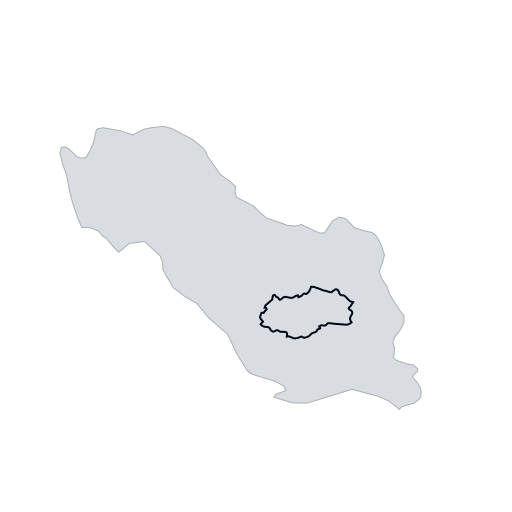 Berat on a map of Albania (Albers equal-area conic projection), rotated 312°
{"feature_id": "ALB-1523", "entity_name": "Berat", "entity_type": "County", "adm_level": 1, "iso_a3": "ALB", "parent_name": "Albania", "parent_adm1": "", "projection": "albers", "projection_center": [20.072, 40.618], "detail": "fine", "context": "in_parent", "style": "outline", "palette": "ink", "viewbox_px": 512, "rotation_deg": 312, "n_neighbors": 0, "source": "natural_earth", "source_scale": "10m", "svg_char_len": 3723}
<svg xmlns="http://www.w3.org/2000/svg" viewBox="0 0 512 512"><g transform="rotate(312 256 256)"><path d="M166.9,151.5L167.3,144.2L169.1,132.8L168.1,129.0L169.2,122.5L166.0,113.7L160.6,107.4L165.9,96.3L173.6,82.9L180.7,72.3L189.3,61.3L195.0,50.6L201.2,41.5L206.4,38.7L209.0,40.7L210.4,44.7L210.0,56.6L211.8,60.7L215.4,63.7L223.0,62.2L231.5,59.3L243.0,53.0L244.9,53.4L249.1,56.7L258.0,71.0L263.8,83.6L275.4,88.0L281.9,92.8L290.2,100.3L294.3,107.8L300.1,130.7L300.8,144.6L299.2,151.0L297.8,152.6L292.7,175.3L294.0,186.8L294.0,194.4L289.6,197.4L286.7,202.2L291.5,221.0L291.0,229.0L291.2,238.2L300.0,259.2L305.1,265.7L309.7,268.7L315.6,288.0L319.1,291.4L333.3,289.4L340.3,291.5L343.1,296.0L343.7,299.2L342.9,310.0L346.5,318.3L351.3,326.9L351.4,332.1L348.3,340.7L342.7,350.8L335.1,354.7L326.8,358.0L322.9,365.8L320.9,374.1L317.3,380.3L315.0,387.0L311.5,400.8L310.7,405.8L305.1,410.8L296.3,412.9L288.4,413.4L283.1,415.8L280.4,420.5L275.4,424.3L272.4,426.0L272.4,430.1L276.1,438.8L280.3,445.9L280.4,451.6L278.3,453.2L271.9,452.5L270.5,454.6L269.8,460.9L268.1,466.3L265.5,469.7L260.8,473.3L252.4,472.1L244.4,466.7L240.2,465.0L237.9,465.2L237.2,451.9L233.8,441.5L221.3,416.7L180.7,392.3L171.2,381.4L167.0,372.2L162.9,363.6L166.9,363.4L170.9,365.6L176.0,368.2L178.0,363.9L175.9,354.5L165.6,332.4L164.9,326.3L170.2,308.0L178.8,287.3L178.4,262.3L181.2,243.4L178.3,231.1L177.1,216.0L183.4,196.0L188.7,191.1L191.9,184.8L192.3,163.5L180.5,153.4L166.9,151.5Z" fill="#d9dde1" stroke="#a8b0b8" stroke-width="1"/><path d="M238.1,295.1L239.0,295.4L239.3,295.6L239.7,296.2L239.3,297.2L239.2,297.6L239.3,298.1L239.6,299.5L239.7,300.2L239.7,300.8L239.3,302.2L239.3,302.8L239.8,303.3L241.3,303.7L243.1,303.9L244.4,304.4L245.4,305.3L248.1,309.8L249.0,310.8L250.3,311.5L252.8,312.2L254.0,312.9L254.8,313.5L253.8,315.1L256.3,316.3L257.3,316.5L258.9,316.5L259.9,316.7L260.7,317.3L261.1,318.4L261.4,318.8L262.3,319.1L265.8,319.1L270.1,317.6L271.4,319.2L272.0,320.3L274.4,325.9L275.3,328.8L277.1,331.7L277.4,332.7L278.0,333.6L278.5,335.1L279.4,336.1L279.9,336.5L280.6,336.5L281.1,336.5L281.6,336.5L282.1,336.8L282.5,337.0L283.8,337.1L284.4,337.4L285.1,338.1L285.2,338.4L285.2,338.9L285.4,339.3L285.4,339.8L284.8,341.8L284.2,342.5L284.0,342.9L283.7,344.1L283.7,344.7L283.8,345.3L284.0,345.8L285.0,346.9L285.5,348.0L285.7,349.4L285.3,355.2L285.3,356.2L286.7,359.1L281.9,359.8L279.9,359.6L278.9,360.1L278.8,361.1L279.0,362.4L279.1,363.6L278.7,365.0L277.8,365.9L276.8,366.3L273.6,367.0L272.2,367.9L271.7,368.4L271.5,368.8L271.5,369.1L271.1,369.7L270.7,371.4L270.0,371.3L267.6,370.7L266.6,370.1L265.3,369.0L257.6,359.0L257.3,358.4L254.7,354.9L254.2,354.4L253.4,354.3L251.6,354.2L250.5,353.8L249.8,353.2L249.0,351.8L248.0,350.7L245.8,350.0L245.6,350.8L245.6,351.2L245.5,351.7L245.3,352.0L244.9,352.1L244.3,351.8L243.2,351.1L242.4,350.9L240.0,351.4L235.7,349.2L233.2,349.1L230.9,348.7L227.3,346.5L226.7,343.9L226.3,343.5L225.3,342.9L223.8,342.3L221.2,340.5L220.0,338.9L218.4,334.4L217.8,333.5L217.3,333.1L216.7,333.0L216.6,332.8L216.8,332.6L217.6,332.3L218.4,331.6L219.4,330.7L219.6,329.4L219.0,328.3L216.0,324.8L215.3,321.7L214.8,321.2L213.8,320.6L212.9,320.3L211.5,319.6L211.0,319.0L210.9,318.2L210.8,317.2L210.8,316.6L210.9,316.2L211.4,314.8L211.6,313.4L211.1,312.4L209.1,309.6L208.6,308.4L208.3,307.3L208.2,306.6L208.4,305.1L211.0,305.1L211.5,305.2L212.0,305.0L212.0,304.5L212.0,304.0L212.0,303.5L212.4,302.8L212.3,302.5L212.3,302.1L212.3,301.7L212.8,300.8L213.1,300.0L213.6,299.7L214.4,299.3L216.1,298.7L217.3,298.1L217.5,298.1L217.8,298.4L218.3,299.1L218.8,299.8L220.0,299.5L223.5,299.6L223.8,299.2L224.1,298.6L224.0,298.0L223.8,297.7L223.3,297.0L225.7,296.1L234.5,297.2L237.2,295.4L238.1,295.1Z" fill="none" stroke="#020617" stroke-width="2"/></g></svg>